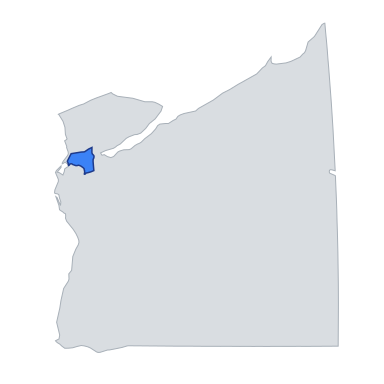 Al Isma`iliyah highlighted on a map of Egypt, rotated 267°
{"feature_id": "EGY-1531", "entity_name": "Al Isma`iliyah", "entity_type": "Governorate", "adm_level": 1, "iso_a3": "EGY", "parent_name": "Egypt", "parent_adm1": "", "projection": "orthographic", "projection_center": [32.173, 30.661], "detail": "fine", "context": "in_parent", "style": "filled", "palette": "blue", "viewbox_px": 384, "rotation_deg": 267, "n_neighbors": 0, "source": "natural_earth", "source_scale": "10m", "svg_char_len": 3835}
<svg xmlns="http://www.w3.org/2000/svg" viewBox="0 0 384 384"><g transform="rotate(267 192 192)"><path d="M353.6,333.5L344.7,333.8L335.8,334.2L326.9,334.5L318.0,334.7L309.1,335.0L300.1,335.2L291.2,335.4L282.3,335.6L273.3,335.8L264.4,335.9L255.5,336.0L246.5,336.1L237.6,336.1L228.6,336.1L219.7,336.1L210.8,336.1L205.7,336.1L206.6,333.5L207.1,331.7L206.5,330.4L204.8,330.1L203.6,330.5L200.9,335.9L199.5,336.1L196.4,336.0L186.0,335.9L175.6,335.8L165.2,335.6L154.8,335.3L144.4,335.1L134.0,334.8L123.6,334.5L113.2,334.1L102.8,333.7L92.5,333.3L82.1,332.8L71.7,332.3L61.4,331.7L51.0,331.1L40.7,330.5L30.4,329.9L30.7,323.4L31.0,316.9L31.3,310.3L31.6,303.8L31.9,297.3L32.3,290.7L32.6,284.2L32.9,277.7L33.3,271.1L33.6,264.6L33.9,258.0L34.3,251.5L34.6,244.9L35.0,238.4L35.3,231.8L35.7,225.3L36.1,218.7L36.4,212.1L36.8,205.6L37.1,199.0L37.5,192.4L37.9,185.9L38.3,179.3L38.6,172.7L39.0,166.1L39.4,159.6L39.8,153.0L40.2,146.4L40.6,139.8L41.0,133.3L41.4,126.7L41.8,120.1L41.6,118.8L40.5,114.3L39.6,108.5L38.6,101.4L38.6,99.2L36.7,91.8L36.7,89.8L37.3,88.3L41.5,82.5L42.9,79.7L44.0,76.2L44.5,73.3L43.7,68.9L42.7,64.8L42.5,60.8L42.6,56.8L44.7,54.2L47.2,51.8L48.1,50.3L49.6,48.6L50.6,47.9L52.2,51.5L56.1,52.4L69.0,50.0L82.9,53.9L90.6,55.5L102.4,58.8L109.5,63.9L111.5,64.6L116.7,64.7L120.1,67.7L133.8,69.6L141.0,73.0L145.1,75.6L147.6,76.5L149.8,76.4L152.8,75.5L156.6,73.9L160.8,71.5L169.4,65.3L172.5,64.3L174.4,64.6L176.8,64.6L177.8,62.9L179.1,61.7L179.9,60.4L181.2,58.8L185.7,58.4L194.5,55.8L193.5,57.0L185.4,60.0L188.9,60.5L192.4,59.5L196.4,58.8L197.2,57.5L197.7,55.1L198.5,54.7L201.3,55.2L209.5,59.1L211.6,59.2L217.4,57.1L218.7,56.7L220.6,57.8L224.9,62.6L223.4,62.5L218.8,58.4L218.3,60.4L215.7,64.0L219.0,65.5L221.7,66.1L223.1,68.1L224.0,69.9L226.6,69.1L228.5,66.7L227.5,65.3L226.9,63.9L227.7,63.9L229.6,65.1L234.8,69.6L236.6,70.5L238.7,70.4L242.9,69.1L244.1,69.3L249.8,67.5L250.5,68.8L251.5,70.0L256.1,68.6L263.3,68.5L269.3,66.9L276.1,63.2L276.6,62.6L277.0,63.5L277.9,66.0L280.1,72.2L282.0,77.1L284.4,83.8L285.1,86.4L285.5,88.2L288.9,95.6L291.0,101.7L292.5,106.7L294.7,113.9L295.6,116.5L294.2,117.8L291.5,122.6L288.7,137.8L284.6,149.6L284.2,157.0L283.5,159.6L281.5,163.4L279.0,167.1L274.4,165.3L266.9,159.0L262.6,153.0L257.9,149.1L253.5,143.9L252.3,140.1L252.3,137.7L250.4,131.9L249.0,129.1L243.7,122.9L242.1,119.5L241.0,118.1L239.8,116.0L237.9,107.9L235.8,102.7L233.4,104.1L233.9,106.3L231.8,109.3L230.6,112.8L231.5,115.6L235.8,120.0L236.7,121.9L237.7,126.0L237.6,131.5L238.3,133.4L241.5,137.6L242.7,140.0L243.4,142.1L244.5,144.0L247.7,147.6L252.4,154.5L256.9,159.0L260.1,161.2L261.5,163.5L261.8,169.2L261.6,172.0L264.5,177.1L265.6,179.8L268.3,181.9L269.6,184.3L270.8,188.2L272.7,199.9L275.1,202.8L282.7,218.1L289.1,227.7L292.3,234.9L297.1,243.7L306.5,262.8L312.1,268.7L314.3,272.0L318.3,274.5L322.7,278.1L318.6,277.8L317.6,278.1L316.2,278.8L315.6,281.0L315.3,282.9L316.0,292.7L317.3,297.7L321.1,307.0L323.9,309.8L325.2,311.6L327.1,312.8L335.7,315.8L340.9,322.4L352.4,330.6L353.6,332.9L353.6,333.5Z" fill="#d9dde1" stroke="#a8b0b8" stroke-width="1"/><path d="M225.0,70.2L227.2,69.8L228.1,69.6L228.7,69.2L229.3,69.1L236.6,73.3L237.7,83.5L237.7,86.1L237.8,86.7L237.9,87.1L238.0,87.2L240.3,91.0L241.7,94.4L236.8,94.1L236.1,94.2L235.2,94.5L234.0,95.5L233.9,95.6L233.2,95.9L233.1,96.0L232.7,96.0L231.4,95.8L231.0,95.6L230.6,95.5L229.9,95.0L227.7,94.8L218.5,95.1L217.4,92.0L216.7,88.9L216.6,87.9L216.4,87.1L216.1,86.8L215.8,86.6L215.5,86.2L215.4,85.9L215.4,85.6L215.5,85.5L215.6,85.4L215.8,85.5L216.0,85.5L217.1,85.8L218.3,85.8L219.0,85.8L219.4,85.6L220.0,85.5L220.8,85.5L221.4,85.1L222.2,84.3L223.9,82.1L224.4,80.9L224.7,80.2L224.4,78.6L224.4,77.5L224.7,76.7L224.9,76.2L225.2,75.6L225.6,74.5L226.3,73.6L226.5,73.1L226.5,72.8L226.5,72.4L226.3,71.5L225.8,71.2L225.5,71.0L225.0,70.4L225.0,70.2Z" fill="#3b82f6" stroke="#1e3a8a" stroke-width="1.5"/></g></svg>